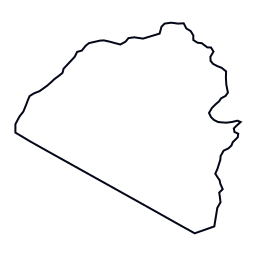 the district of Pariconha, Alagoas, Brazil
{"feature_id": "56859067B9061057080980", "entity_name": "Pariconha", "entity_type": "district", "adm_level": 2, "iso_a3": "BRA", "parent_name": "Brazil", "parent_adm1": "Alagoas", "projection": "albers", "projection_center": [-38.028, -9.246], "detail": "fine", "context": "isolated", "style": "outline", "palette": "ink", "viewbox_px": 256, "rotation_deg": 0, "n_neighbors": 0, "source": "geoboundaries", "source_scale": "gbopen_adm2", "svg_char_len": 1251}
<svg xmlns="http://www.w3.org/2000/svg" viewBox="0 0 256 256"><path d="M15.4,132.6L30.3,141.5L50.8,153.0L144.1,205.0L178.3,224.2L194.7,233.3L214.3,226.4L217.3,207.9L220.5,202.3L219.9,197.0L219.2,192.6L222.7,189.2L220.3,183.7L219.6,180.2L217.6,177.3L215.3,173.7L217.5,168.7L219.2,163.3L220.3,159.9L220.6,156.1L223.6,150.7L228.4,148.4L231.3,145.7L232.9,142.0L235.3,139.7L237.8,137.2L238.2,133.7L234.5,132.0L233.8,128.4L236.9,125.4L240.6,122.0L237.4,120.7L231.9,122.0L226.3,122.7L221.9,122.4L218.0,122.0L214.0,120.0L211.0,117.1L209.0,112.9L211.9,108.0L215.6,104.3L219.1,101.3L221.1,98.3L225.6,95.9L227.9,92.6L227.2,89.1L226.3,84.6L225.9,77.4L226.1,71.4L221.6,67.8L217.3,66.1L213.1,63.9L210.6,60.9L210.4,56.8L213.5,51.6L211.0,47.5L207.4,47.4L204.4,45.2L201.8,43.2L197.5,42.7L193.3,40.0L193.3,35.4L190.7,31.1L186.3,28.4L183.7,23.3L178.0,23.6L171.2,22.7L164.6,23.6L161.5,26.7L159.6,33.6L143.0,38.6L134.2,37.3L128.5,38.1L125.5,41.7L120.3,44.5L109.0,41.5L103.9,40.4L100.1,40.6L89.0,43.1L85.7,45.7L81.8,50.6L77.1,51.9L74.7,56.8L63.6,68.7L62.5,72.9L58.9,75.8L54.4,79.1L51.1,82.2L47.4,85.5L44.1,87.9L39.6,91.1L33.7,93.5L29.6,96.1L27.8,100.3L26.0,105.1L23.3,111.7L19.7,116.2L17.8,119.6L15.4,124.2L15.4,132.6Z" fill="none" stroke="#020617" stroke-width="2"/></svg>